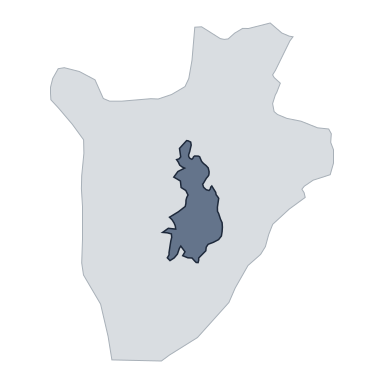 Gitega highlighted on a map of Burundi
{"feature_id": "BDI-2639", "entity_name": "Gitega", "entity_type": "Province", "adm_level": 1, "iso_a3": "BDI", "parent_name": "Burundi", "parent_adm1": "", "projection": "albers", "projection_center": [29.917, -3.445], "detail": "fine", "context": "in_parent", "style": "filled", "palette": "slate", "viewbox_px": 384, "rotation_deg": 0, "n_neighbors": 0, "source": "natural_earth", "source_scale": "10m", "svg_char_len": 2241}
<svg xmlns="http://www.w3.org/2000/svg" viewBox="0 0 384 384"><path d="M293.0,36.8L289.9,40.9L275.4,70.4L272.6,74.9L274.2,77.6L280.3,83.2L276.7,92.5L275.3,95.0L272.6,103.6L274.1,111.6L277.5,114.5L286.9,118.4L301.0,121.2L317.5,127.8L328.7,129.0L331.3,133.8L330.7,142.4L333.5,149.8L333.5,163.1L330.2,174.7L313.1,180.2L304.3,186.2L301.9,189.2L304.1,192.7L305.2,197.4L289.2,209.1L272.7,224.3L268.7,234.5L265.4,246.6L260.6,254.4L248.0,265.5L235.2,288.0L228.9,302.5L197.5,337.5L169.5,355.0L161.4,361.0L111.9,359.9L108.1,336.4L100.6,304.1L83.5,275.0L81.7,262.9L82.5,239.4L82.5,206.4L81.4,188.7L81.7,175.8L83.9,153.3L83.6,139.8L72.4,124.4L58.4,107.9L50.9,99.8L50.5,93.3L50.5,87.3L52.7,78.5L58.2,68.7L64.3,67.7L79.3,71.5L95.0,79.8L103.3,98.5L109.7,101.2L121.3,101.2L150.8,98.7L158.2,99.0L171.6,94.5L185.0,86.6L188.8,78.5L192.0,60.2L194.8,27.2L201.6,26.8L220.3,38.6L224.3,39.4L228.2,38.9L234.7,33.1L242.6,28.4L248.5,28.5L270.2,23.0L281.8,33.0L289.1,36.1L293.0,36.8Z" fill="#d9dde1" stroke="#a8b0b8" stroke-width="1"/><path d="M186.6,140.6L188.1,140.8L190.7,142.1L191.2,145.1L189.7,151.6L188.6,154.9L188.7,156.5L189.7,158.2L191.8,159.3L192.8,158.4L193.5,156.9L194.6,156.0L198.2,156.1L199.6,156.7L201.6,161.4L203.5,163.5L206.0,165.5L208.2,167.9L209.1,171.7L209.0,173.8L208.7,175.3L207.8,176.6L206.4,178.2L203.2,183.6L202.6,184.1L203.6,187.3L206.2,189.7L209.0,190.5L210.3,189.0L210.7,187.2L211.8,186.0L215.7,192.3L216.1,194.7L217.5,196.5L218.7,198.3L217.4,207.2L217.5,211.4L218.6,213.4L220.5,219.2L222.1,222.7L222.4,227.2L222.1,231.6L221.4,236.0L218.6,239.6L213.4,242.3L208.1,244.3L206.2,247.2L205.8,250.8L198.7,258.0L198.7,260.3L198.1,262.6L196.2,262.5L194.5,260.8L192.0,258.0L187.8,257.8L182.7,255.7L185.0,251.8L180.8,246.1L179.4,248.3L177.4,254.1L174.2,257.9L170.0,260.6L167.3,257.8L168.3,256.2L169.1,254.6L169.0,252.7L170.8,241.0L171.7,237.4L171.4,233.9L167.2,232.8L162.6,232.4L168.3,228.3L175.7,229.1L175.3,225.9L174.0,222.8L172.0,219.7L169.5,217.2L178.2,211.9L185.2,206.5L185.9,203.4L186.0,200.2L186.7,197.6L188.0,195.0L185.8,190.5L181.1,187.5L180.4,181.0L173.8,177.1L177.9,171.5L184.6,168.1L182.0,166.9L179.7,165.1L178.3,162.1L176.6,159.6L179.0,158.9L180.7,156.9L179.5,148.4L186.6,140.6Z" fill="#64748b" stroke="#1e293b" stroke-width="1.5"/></svg>